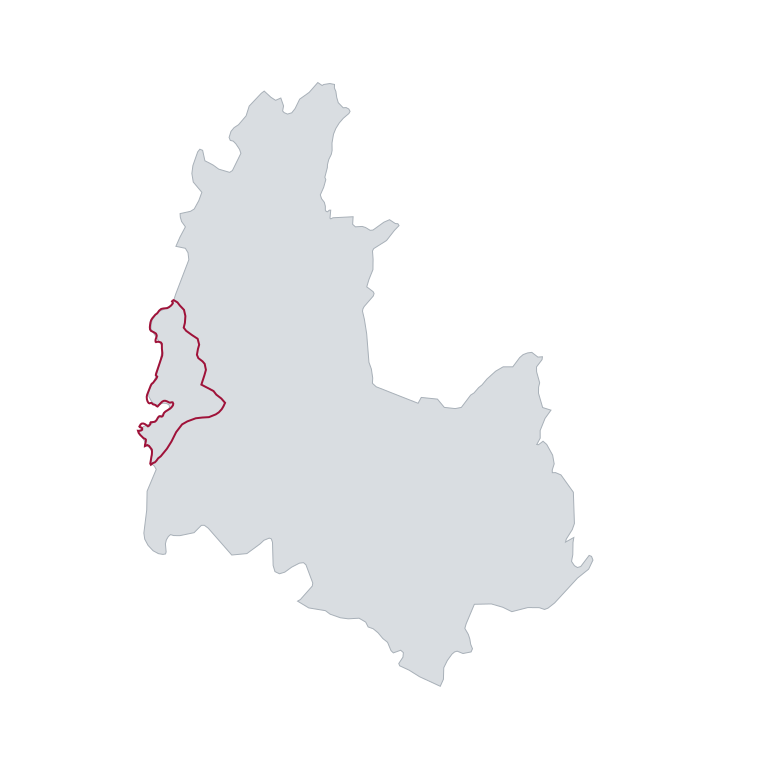 location of Mandiana within Guinea, rotated 202°
{"feature_id": "GIN-5654", "entity_name": "Mandiana", "entity_type": "Prefecture", "adm_level": 1, "iso_a3": "GIN", "parent_name": "Guinea", "parent_adm1": "", "projection": "equal_earth", "projection_center": [-8.495, 10.8], "detail": "fine", "context": "in_parent", "style": "outline", "palette": "rose", "viewbox_px": 768, "rotation_deg": 202, "n_neighbors": 0, "source": "natural_earth", "source_scale": "10m", "svg_char_len": 5868}
<svg xmlns="http://www.w3.org/2000/svg" viewBox="0 0 768 768"><g transform="rotate(202 384 384)"><path d="M459.8,522.2L454.4,521.3L451.9,522.6L444.7,534.0L440.4,538.4L433.6,537.0L431.2,537.8L429.4,536.5L431.9,530.3L435.4,518.0L444.3,505.6L444.5,503.0L440.9,495.7L437.1,485.9L437.1,475.3L436.4,467.6L428.6,465.5L427.1,464.2L426.9,461.6L431.4,448.4L431.7,445.7L431.2,443.4L426.4,436.6L418.9,424.1L406.1,398.5L401.3,393.1L396.7,385.3L395.0,380.3L390.2,378.5L345.2,378.9L344.4,385.5L328.8,390.0L319.3,384.9L308.7,387.9L303.5,391.3L299.5,406.2L297.2,409.4L294.9,416.1L292.8,419.8L290.4,427.2L285.3,437.7L280.0,444.5L271.0,448.2L268.1,459.3L266.0,463.4L262.5,466.6L258.8,468.7L251.4,466.6L247.3,468.6L246.6,465.8L249.0,457.0L247.1,452.5L240.1,443.4L239.5,439.0L237.3,433.3L228.1,421.6L219.4,422.3L221.8,412.5L221.8,399.4L218.9,392.3L219.7,385.1L218.1,385.5L215.1,390.5L210.5,388.9L201.0,381.2L196.3,373.7L195.8,367.3L194.7,364.8L191.8,366.1L185.9,366.0L167.9,354.6L155.2,326.0L154.9,319.5L156.9,308.4L156.5,305.4L150.5,312.8L149.4,307.9L145.0,296.4L143.7,289.8L139.4,286.9L135.9,286.3L133.2,288.5L129.6,301.9L127.0,301.9L124.3,299.0L124.9,289.0L131.9,276.5L143.8,244.9L148.0,237.6L150.7,235.1L156.2,234.8L166.9,230.6L180.2,220.8L190.2,221.5L202.1,220.3L217.7,213.6L218.0,192.4L217.5,187.7L212.0,183.4L208.9,179.7L206.1,175.1L202.8,171.7L202.9,168.2L209.8,163.7L216.1,163.7L218.2,162.0L219.8,159.0L221.7,151.4L222.3,143.3L218.3,132.5L218.6,124.8L241.3,125.9L253.7,128.1L263.9,128.6L265.6,130.4L264.1,137.8L265.4,142.2L268.8,143.4L274.6,138.2L277.6,139.4L283.9,145.8L289.8,147.6L296.3,151.1L302.3,153.0L307.7,152.8L311.8,156.4L319.4,157.5L329.2,152.9L336.9,150.9L347.7,150.4L353.4,151.9L369.9,148.2L382.8,150.3L380.8,152.8L374.8,169.8L375.5,172.8L388.6,187.1L391.7,188.2L395.3,186.2L401.0,179.6L405.5,172.4L409.8,168.9L414.8,169.2L418.8,174.2L428.1,195.5L430.5,198.2L432.7,198.1L436.8,194.1L438.9,189.5L447.6,175.4L461.1,168.4L493.0,184.5L497.7,185.7L500.4,184.5L504.4,175.0L516.5,166.9L522.2,164.7L525.5,164.4L526.8,161.8L527.4,157.9L526.8,153.9L523.1,146.7L522.9,144.6L525.1,143.2L529.6,142.2L535.6,142.9L542.3,146.0L547.7,150.5L550.8,155.8L556.8,178.3L563.5,195.9L563.2,219.5L566.2,221.9L569.5,222.9L571.0,224.8L574.2,234.5L577.3,237.3L581.0,238.0L587.9,244.2L592.4,246.7L593.0,248.6L592.9,251.1L591.1,254.4L584.4,260.9L581.1,266.5L574.3,279.9L574.1,282.4L575.6,284.2L578.4,284.5L581.4,283.6L587.6,278.7L592.6,280.5L597.3,284.2L599.1,288.1L599.5,293.2L598.4,299.7L598.3,307.1L599.8,319.6L602.3,332.1L604.8,336.6L620.6,347.6L622.1,351.8L622.9,356.4L621.8,362.8L620.2,366.3L611.5,376.1L610.2,380.7L610.8,389.4L611.5,426.1L614.9,432.3L619.0,435.4L628.5,433.7L628.2,443.9L627.0,455.3L632.5,458.8L635.3,462.3L636.9,465.6L628.1,471.6L625.5,475.2L624.4,484.7L624.7,493.5L636.5,499.8L641.0,507.2L643.0,514.9L643.7,529.4L642.7,532.7L639.7,532.7L633.7,523.9L624.5,523.0L617.7,521.3L606.4,522.4L604.5,525.1L603.1,544.3L605.9,547.5L611.3,551.2L614.8,552.7L617.8,552.3L620.0,554.6L620.5,561.0L619.0,565.6L616.0,569.9L612.3,581.0L613.1,591.2L606.7,607.5L604.8,610.7L596.3,607.5L590.8,606.4L586.8,610.5L581.3,604.2L580.3,599.2L578.3,598.2L574.6,598.1L571.1,600.9L569.6,606.1L568.9,616.5L562.6,626.4L558.3,638.7L553.2,637.6L552.1,639.1L546.8,642.3L542.1,643.2L540.9,639.9L538.2,637.2L535.2,632.0L531.8,627.7L525.3,624.8L522.7,626.1L519.7,625.8L517.6,624.1L517.9,621.6L521.3,615.1L523.3,609.2L524.4,602.8L524.4,596.7L522.5,588.0L519.6,581.1L518.9,577.2L519.3,571.5L518.6,566.2L517.6,563.5L516.3,553.5L514.5,551.7L513.6,543.7L513.9,535.5L511.3,532.4L507.4,530.1L505.0,526.9L503.6,523.4L502.2,522.3L500.9,522.5L499.8,524.7L498.5,525.2L496.2,517.5L495.2,517.2L493.6,519.0L475.3,527.5L472.9,520.3L469.4,519.0L463.3,521.9L459.8,522.2Z" fill="#d9dde1" stroke="#a8b0b8" stroke-width="1"/><path d="M621.9,362.8L621.1,363.9L620.6,365.1L620.3,366.3L620.0,367.7L618.7,370.1L617.0,371.3L613.5,373.1L612.1,374.7L610.7,377.2L610.0,379.6L610.6,380.7L611.5,381.1L611.3,382.0L610.4,383.0L606.1,382.3L602.7,380.3L597.2,377.8L593.6,372.6L591.5,366.1L590.8,361.2L587.4,359.2L580.6,357.5L573.7,356.1L570.1,351.2L569.6,346.7L568.4,341.0L565.8,338.4L560.7,337.0L557.8,335.5L554.4,330.4L553.8,325.0L553.1,315.0L539.4,313.6L535.5,311.3L529.4,309.6L524.3,307.0L524.5,303.1L525.0,299.9L526.5,295.9L528.6,292.8L533.9,287.7L540.0,284.8L545.7,281.7L552.3,275.7L556.1,270.9L558.7,261.5L559.5,251.2L561.0,242.7L563.9,233.4L565.6,230.4L566.2,227.8L567.1,225.5L568.5,224.3L569.9,221.8L570.9,222.6L572.4,229.5L572.7,231.2L573.3,233.1L574.0,234.9L574.8,236.3L578.7,238.6L580.6,238.7L582.4,236.8L582.8,238.0L583.1,240.1L583.4,241.8L583.9,243.2L584.7,243.6L586.7,243.7L590.9,245.4L593.1,246.7L594.6,248.5L593.4,248.9L591.9,249.8L591.1,251.0L591.6,252.4L592.9,252.8L594.2,252.5L594.9,252.9L594.5,255.4L593.7,256.6L592.4,257.2L591.0,257.3L589.8,257.1L587.0,256.3L586.4,257.0L585.6,259.1L585.7,259.4L585.9,259.9L586.1,260.5L585.9,261.2L585.7,261.4L585.0,261.5L584.8,261.6L584.2,262.1L582.7,262.9L582.2,263.3L581.4,265.0L581.0,268.3L580.4,269.8L579.7,270.3L578.3,270.3L577.7,270.6L577.1,271.7L577.1,272.7L577.2,273.6L577.2,274.6L576.4,276.5L573.2,280.9L572.6,282.1L572.0,283.7L571.7,285.3L572.0,286.8L573.1,287.8L574.2,287.4L575.4,286.5L576.8,286.4L578.0,286.6L579.3,286.6L580.5,286.5L581.7,286.0L582.9,284.8L583.6,283.4L585.5,278.3L586.6,278.3L588.0,278.9L589.5,278.8L590.2,278.6L590.9,278.7L592.2,279.3L592.9,279.2L594.2,278.2L595.1,278.2L596.6,279.2L598.1,281.0L599.2,283.2L599.6,285.4L599.7,295.2L599.5,296.9L599.1,297.8L598.6,298.5L597.1,303.8L597.0,305.8L598.9,306.7L599.2,308.4L600.3,327.2L601.1,329.7L603.2,333.6L605.0,338.0L606.3,338.9L607.8,338.9L609.4,338.5L610.5,337.9L611.1,337.4L611.6,337.6L612.3,339.1L612.5,340.3L612.6,342.8L613.0,344.0L614.3,345.3L616.2,345.7L620.0,346.0L621.4,347.0L622.4,349.0L623.1,351.4L623.6,353.6L623.8,356.1L623.4,358.3L621.9,362.8Z" fill="none" stroke="#9f1239" stroke-width="2"/></g></svg>